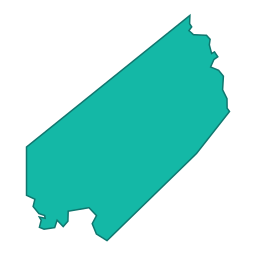 outline of Trinity, Texas, United States of America
{"feature_id": "52423323B67589001499387", "entity_name": "Trinity", "entity_type": "district", "adm_level": 2, "iso_a3": "USA", "parent_name": "United States of America", "parent_adm1": "Texas", "projection": "orthographic", "projection_center": [-95.135, 31.106], "detail": "fine", "context": "isolated", "style": "filled", "palette": "teal", "viewbox_px": 256, "rotation_deg": 0, "n_neighbors": 0, "source": "geoboundaries", "source_scale": "gbopen_adm2", "svg_char_len": 598}
<svg xmlns="http://www.w3.org/2000/svg" viewBox="0 0 256 256"><path d="M26.5,147.0L26.5,195.3L34.9,199.2L33.1,206.5L38.9,213.6L44.7,215.5L45.1,218.3L39.3,217.0L41.2,220.3L39.4,227.3L44.0,229.2L54.7,227.6L57.1,220.2L63.2,226.6L67.9,221.2L68.2,211.2L89.0,207.7L96.5,215.6L92.2,223.7L96.4,234.0L107.0,240.6L196.5,153.5L229.5,111.5L227.1,108.2L227.0,98.7L222.6,89.8L223.4,76.2L218.6,70.3L210.6,67.0L213.9,59.5L217.8,56.8L214.5,51.9L211.6,53.5L209.3,44.8L210.1,39.3L206.5,35.3L193.5,34.7L188.9,30.6L191.7,26.9L189.6,23.7L189.9,15.4L26.5,147.0Z" fill="#14b8a6" stroke="#0f766e" stroke-width="1.5"/></svg>